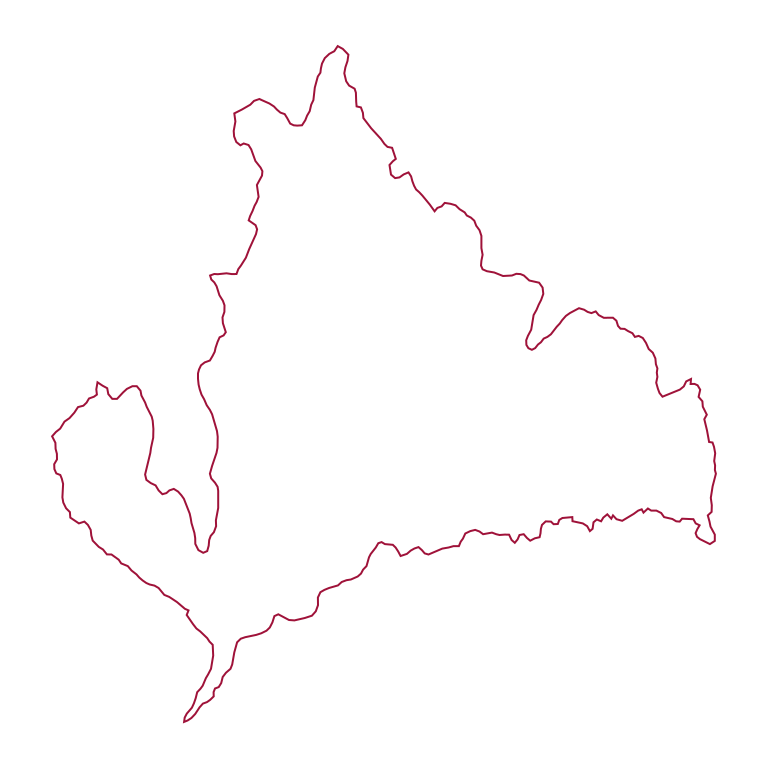 Riacho dos Machados, Minas Gerais, Brazil
{"feature_id": "56859067B56207215470849", "entity_name": "Riacho dos Machados", "entity_type": "district", "adm_level": 2, "iso_a3": "BRA", "parent_name": "Brazil", "parent_adm1": "Minas Gerais", "projection": "natural_earth1", "projection_center": [-43.01, -16.044], "detail": "fine", "context": "isolated", "style": "outline", "palette": "rose", "viewbox_px": 768, "rotation_deg": 0, "n_neighbors": 0, "source": "geoboundaries", "source_scale": "gbopen_adm2", "svg_char_len": 6072}
<svg xmlns="http://www.w3.org/2000/svg" viewBox="0 0 768 768"><path d="M184.1,721.9L187.6,720.5L191.4,718.0L195.2,714.0L199.6,707.3L202.9,703.6L207.0,702.1L210.1,699.9L213.7,696.4L213.6,692.1L215.0,688.5L218.7,687.1L221.2,683.1L222.7,677.0L226.0,672.7L230.5,668.8L232.2,664.5L234.3,652.4L237.1,642.3L240.8,638.7L245.2,637.2L256.2,634.9L261.2,633.3L266.5,630.7L269.8,627.5L272.4,622.4L274.4,616.1L278.3,614.3L289.0,620.0L294.4,620.4L304.8,618.0L311.9,615.7L315.8,611.3L318.0,605.2L317.9,597.5L320.4,592.2L324.4,589.9L329.0,588.0L338.0,585.4L341.7,582.0L346.5,580.2L350.9,579.5L357.7,576.5L361.0,573.6L363.1,569.6L366.5,566.1L369.0,557.3L370.7,554.0L375.8,547.5L378.3,543.2L381.6,542.1L384.9,544.1L392.8,544.8L395.6,547.5L398.2,551.5L400.6,556.0L406.9,553.9L410.7,550.6L414.4,548.5L418.5,547.1L421.9,550.1L424.7,553.4L428.5,554.5L442.3,548.6L448.6,547.5L453.6,546.1L458.9,546.1L460.7,541.7L462.9,538.7L465.3,533.5L470.3,531.1L475.2,529.9L479.5,531.5L483.1,534.2L492.0,532.6L496.2,534.2L499.5,535.0L504.7,534.6L509.1,534.7L511.6,540.0L514.8,542.8L517.6,539.4L519.5,535.0L523.7,534.2L527.0,538.0L530.2,540.7L534.8,538.3L539.6,537.2L540.5,533.3L540.9,528.8L542.0,524.9L545.7,521.4L551.0,521.6L553.6,524.2L557.8,524.0L559.3,519.9L562.4,518.0L572.3,517.1L572.5,521.2L582.8,523.4L587.2,526.2L589.9,531.1L592.6,528.8L593.5,522.3L596.8,519.5L601.1,521.3L603.3,517.6L607.3,514.3L611.3,518.7L613.0,515.4L616.5,519.2L622.2,520.8L633.7,513.9L638.2,510.6L641.7,509.3L643.5,512.6L647.9,508.5L651.2,510.6L656.4,510.6L661.2,513.0L664.1,517.1L672.4,519.0L676.2,521.3L679.7,521.6L682.1,518.7L693.4,519.2L695.7,523.4L699.6,525.3L697.4,529.0L695.6,533.1L697.0,536.8L699.9,539.1L709.9,544.1L714.8,540.9L714.8,534.6L710.5,526.6L709.5,521.6L707.8,515.4L711.6,511.9L711.8,505.2L710.8,497.9L712.6,486.4L715.9,473.7L714.9,470.0L715.1,465.4L714.2,461.0L715.2,453.3L714.0,446.8L712.5,442.5L709.1,442.0L707.0,430.4L704.3,419.2L706.8,414.7L702.8,406.7L702.4,401.3L698.6,396.9L700.2,389.7L697.6,385.3L694.5,383.9L690.6,384.0L691.0,379.0L686.2,381.4L683.8,386.4L679.9,389.6L662.5,396.7L659.5,393.0L657.9,388.7L656.2,382.7L657.4,376.9L656.8,372.6L657.4,368.4L655.9,364.2L655.4,358.5L652.8,352.7L648.7,349.0L646.0,342.9L642.8,338.0L638.7,335.9L634.9,336.9L632.4,333.2L628.1,331.1L624.6,328.9L620.5,328.7L618.0,325.9L616.4,320.7L612.9,317.7L603.8,317.8L598.7,315.1L595.7,311.4L591.4,313.1L587.6,311.9L584.1,309.7L579.0,308.2L570.0,313.0L565.9,315.9L562.1,320.2L559.8,323.5L556.7,326.8L550.9,334.3L547.4,336.9L543.7,338.6L540.9,342.3L538.0,344.5L535.2,348.1L531.9,349.8L528.4,348.2L526.4,344.9L526.2,340.3L527.9,335.9L531.2,329.7L533.6,315.1L536.5,309.9L538.7,304.7L541.1,300.0L543.3,293.9L542.6,287.6L539.1,282.7L529.3,280.5L523.9,275.5L520.5,274.1L516.3,273.8L512.0,275.5L503.0,276.0L494.3,272.5L486.9,271.2L482.6,269.3L481.0,265.6L481.4,260.8L482.6,254.8L481.4,248.1L481.4,235.9L479.5,230.2L476.2,225.7L474.3,220.7L470.9,217.6L466.8,215.5L464.7,212.4L459.6,209.2L455.6,205.3L450.5,203.8L444.7,202.9L441.6,206.4L437.4,207.9L434.6,211.3L429.8,204.6L422.4,195.6L419.1,192.1L416.1,189.5L414.1,185.8L412.4,181.3L411.1,176.4L408.5,172.4L403.7,174.4L399.5,177.4L395.1,178.1L391.0,174.6L389.5,165.0L392.8,161.3L395.8,158.9L392.1,147.8L387.5,146.9L384.4,143.9L380.9,138.9L371.2,128.3L363.4,118.1L362.9,112.8L360.9,107.4L356.6,106.4L356.2,101.8L355.9,92.7L354.6,88.7L349.1,85.6L346.2,81.3L344.3,73.3L345.4,67.3L347.5,61.0L348.4,54.7L342.8,48.9L337.7,46.1L334.3,51.2L329.4,53.8L324.8,58.1L322.0,63.6L320.9,68.5L320.4,72.7L317.8,76.5L314.8,87.6L313.4,100.1L311.2,104.7L309.7,111.2L307.1,115.6L305.3,120.2L302.0,125.3L297.2,125.6L293.7,125.3L290.2,123.6L287.2,118.1L284.7,114.1L280.4,112.6L276.9,109.6L274.0,106.5L269.4,103.5L259.3,99.0L254.0,100.9L250.3,104.7L241.8,109.6L234.3,113.4L235.4,121.5L233.7,131.0L234.1,136.4L236.3,142.0L240.4,145.3L243.7,143.5L248.5,145.0L251.2,149.3L255.4,161.0L260.6,167.6L262.4,171.2L262.0,175.6L256.9,185.0L258.6,196.9L256.6,202.1L254.6,205.7L252.5,211.1L250.1,216.1L248.7,220.4L255.6,225.2L257.1,229.3L256.0,234.1L249.2,249.1L245.9,257.7L240.9,265.6L238.3,269.1L236.5,274.0L231.9,274.1L226.5,273.3L217.9,274.2L214.2,274.0L210.1,275.5L211.3,279.5L214.3,282.4L216.6,286.3L219.4,295.2L222.9,300.8L224.5,305.3L224.4,311.9L222.5,317.4L222.9,323.2L225.8,332.2L223.6,335.4L219.6,337.3L217.6,341.8L215.6,347.7L214.7,351.8L212.6,355.9L209.9,360.5L204.7,362.4L201.0,365.3L199.0,369.5L198.0,373.4L198.0,378.8L198.6,384.6L199.7,389.2L201.5,394.6L204.1,399.2L206.7,405.2L209.9,409.9L212.1,414.3L217.0,431.1L217.7,436.7L217.5,447.8L216.5,452.9L212.1,465.9L209.9,473.7L211.2,478.4L215.0,482.7L217.6,486.8L218.2,490.8L218.2,508.0L215.9,520.3L216.1,526.2L213.9,532.2L210.7,535.9L209.2,540.0L208.7,545.7L207.2,551.1L203.2,552.8L198.4,550.1L195.3,543.9L195.2,538.1L194.4,532.9L191.5,523.1L190.7,518.2L189.7,513.6L183.9,498.8L181.4,495.3L178.1,491.6L173.8,488.9L169.4,490.4L166.4,493.1L162.4,494.2L158.6,490.4L155.6,485.4L150.8,483.1L146.4,479.9L145.1,474.5L150.3,453.0L151.0,447.9L153.2,437.8L153.4,429.0L152.7,420.7L151.7,416.6L146.7,406.8L145.1,402.5L141.4,395.5L140.5,390.7L136.8,386.2L132.4,386.2L126.9,388.9L123.1,392.4L117.0,398.9L112.3,398.9L108.3,394.1L107.2,388.2L102.6,385.7L97.5,382.3L96.3,389.4L96.9,394.6L94.0,396.7L89.0,398.5L86.6,402.6L83.4,405.7L78.0,407.1L74.3,412.7L69.5,418.1L64.5,421.6L60.2,428.6L55.9,432.0L52.1,436.3L55.4,442.8L55.6,448.9L56.9,453.8L57.0,459.4L54.2,464.2L54.4,469.1L56.3,473.4L60.3,475.0L61.8,478.7L63.1,483.9L62.4,497.4L63.3,502.6L66.1,508.3L69.9,512.1L70.3,517.6L78.9,523.4L84.4,521.6L87.9,524.9L90.7,529.9L91.3,535.5L92.7,540.6L98.8,546.9L103.0,549.5L106.9,554.4L111.5,554.5L118.7,559.7L121.2,563.4L127.8,566.1L131.5,570.5L136.5,574.4L139.3,577.6L142.7,580.5L146.3,583.0L149.7,584.5L154.5,585.6L158.6,588.0L164.3,594.9L169.2,596.9L176.9,602.0L184.9,608.8L188.5,610.4L186.7,615.0L193.0,624.1L196.4,628.5L200.2,631.4L207.2,638.1L209.5,641.6L212.7,644.8L213.2,655.6L211.0,668.8L208.0,674.6L205.9,678.1L202.7,685.7L200.5,688.7L197.2,692.2L195.7,698.2L193.9,703.4L191.9,707.7L186.8,713.6L184.7,717.6L184.1,721.9Z" fill="none" stroke="#9f1239" stroke-width="2"/></svg>